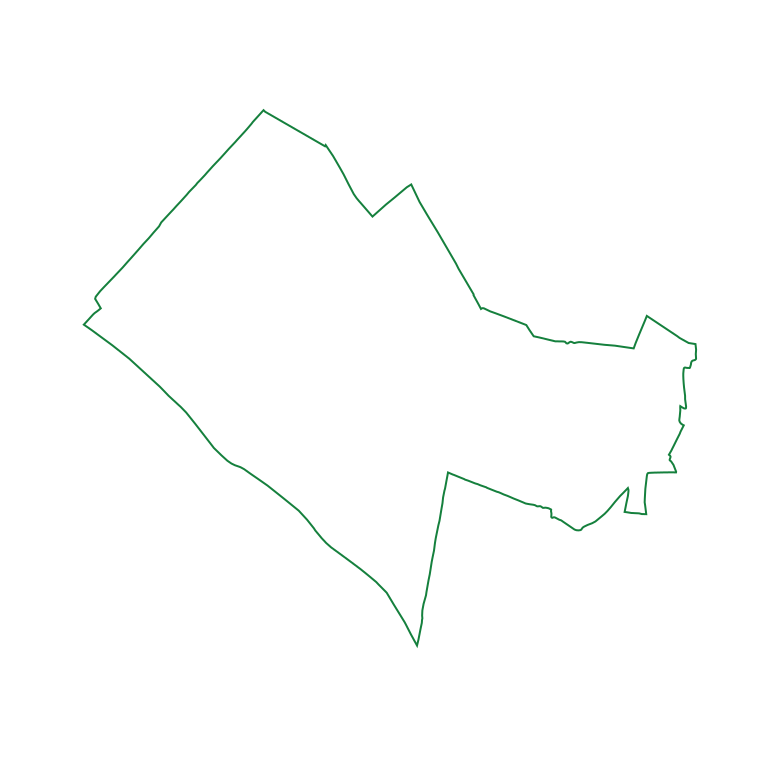 Binh Tan, Vĩnh Long, Vietnam, rotated 8°
{"feature_id": "81297802B74288530741739", "entity_name": "Binh Tan", "entity_type": "district", "adm_level": 2, "iso_a3": "VNM", "parent_name": "Vietnam", "parent_adm1": "Vĩnh Long", "projection": "albers", "projection_center": [105.803, 10.129], "detail": "fine", "context": "isolated", "style": "outline", "palette": "green", "viewbox_px": 768, "rotation_deg": 8, "n_neighbors": 0, "source": "geoboundaries", "source_scale": "gbopen_adm2", "svg_char_len": 4436}
<svg xmlns="http://www.w3.org/2000/svg" viewBox="0 0 768 768"><g transform="rotate(8 384 384)"><path d="M661.8,476.4L659.5,467.9L658.6,464.9L658.2,461.0L657.4,451.5L657.2,443.1L657.1,438.6L657.2,436.7L657.7,435.6L658.9,435.1L663.7,434.2L674.1,432.5L681.4,431.4L685.5,430.9L685.5,430.2L681.9,423.8L680.1,421.8L679.1,420.7L677.6,419.8L677.4,419.0L677.8,417.2L677.9,416.2L677.4,415.3L676.0,414.4L677.9,409.7L678.4,408.1L679.6,404.6L681.5,398.8L683.8,392.1L684.3,389.9L686.6,383.2L685.4,382.8L683.5,381.8L682.1,380.3L681.5,379.0L681.4,377.8L681.4,375.3L681.1,369.0L680.5,365.2L680.5,364.7L682.4,365.6L684.5,366.4L685.6,366.4L686.2,366.2L686.4,365.8L686.3,364.3L684.3,357.2L683.8,353.8L681.6,345.6L680.7,341.8L679.8,337.5L679.2,334.1L678.9,331.8L678.7,327.5L678.9,326.5L679.2,326.1L679.5,325.9L679.9,325.8L681.6,325.9L683.6,325.7L684.4,325.6L684.7,325.2L684.8,324.7L685.2,322.2L685.2,320.2L685.4,319.3L685.7,318.6L686.1,318.2L686.6,317.8L688.3,317.1L688.9,316.7L689.4,316.0L689.5,315.4L688.6,311.0L688.3,306.6L686.9,301.1L680.0,301.0L670.4,297.3L667.7,295.8L634.8,280.0L633.6,284.9L629.8,299.3L627.5,308.4L626.3,314.0L607.3,313.9L596.8,314.5L580.7,314.9L574.0,315.1L571.2,315.4L569.0,316.1L567.1,316.9L566.0,316.9L565.0,316.5L563.6,316.2L562.9,316.2L561.9,316.8L561.0,317.7L560.3,318.3L559.0,318.3L558.4,317.8L557.4,317.0L555.7,316.9L547.6,317.9L531.2,316.3L525.6,315.9L520.6,310.4L516.7,305.8L493.6,300.4L484.0,298.3L479.1,297.3L472.2,295.1L470.6,295.3L469.6,296.2L466.2,291.5L460.3,283.6L460.3,282.8L441.8,259.5L438.5,254.7L424.5,236.9L423.4,235.5L416.0,226.1L405.5,213.3L402.5,209.6L393.9,198.8L383.2,182.6L382.4,183.3L379.2,186.0L368.6,197.8L361.0,206.0L349.3,219.8L335.3,207.6L334.1,206.6L331.1,203.9L327.6,200.1L321.1,191.1L314.8,182.0L309.9,175.6L301.9,165.4L293.0,155.5L292.5,156.8L228.5,131.0L226.6,129.6L217.7,142.7L216.6,144.7L212.8,150.7L210.8,153.7L204.6,162.7L203.1,165.0L197.5,172.9L195.9,175.3L190.7,183.0L186.2,189.3L185.2,190.7L184.2,192.1L179.4,199.2L177.6,202.0L172.7,208.9L171.2,210.9L169.9,213.2L165.8,218.8L164.2,221.0L162.3,224.1L157.4,231.3L153.4,237.0L151.2,240.3L149.2,243.1L144.1,250.4L143.9,250.7L140.9,255.0L139.3,259.2L134.8,266.0L130.7,272.5L126.2,278.9L122.0,285.4L117.7,291.9L112.6,299.5L109.0,305.0L103.3,313.0L102.2,314.6L93.5,326.6L89.9,331.7L86.4,337.7L86.1,339.9L89.8,344.4L93.0,348.5L90.8,350.9L89.4,352.3L87.6,354.0L86.3,355.6L78.5,367.0L87.0,371.3L109.6,383.5L128.4,394.5L162.3,417.8L164.9,419.8L172.4,425.7L183.7,433.5L185.8,434.9L192.1,439.8L202.8,449.9L222.9,469.5L224.4,471.0L233.0,477.3L239.6,481.8L242.6,483.3L244.0,484.0L247.7,485.2L251.8,486.0L253.6,486.4L257.3,487.8L264.2,491.4L272.4,495.5L282.8,500.8L298.4,510.0L301.6,511.9L317.2,521.3L326.7,529.1L334.7,536.7L336.3,538.6L343.8,545.4L349.0,549.6L354.3,553.1L374.0,563.7L386.7,570.7L394.7,575.5L402.6,580.4L403.9,581.2L406.5,583.3L415.7,590.3L424.4,601.1L437.5,616.9L438.9,618.8L445.5,628.2L453.1,638.4L453.7,632.4L454.3,621.0L454.7,615.3L454.5,612.5L454.6,610.7L454.0,608.1L453.5,602.9L453.8,596.2L455.0,587.4L455.0,584.3L455.4,572.5L455.8,566.0L456.0,553.2L456.3,547.9L456.7,542.1L456.6,534.4L456.7,529.6L457.5,516.4L458.0,511.8L458.3,499.6L458.5,493.9L458.3,488.2L458.7,481.2L459.0,479.1L459.3,471.7L459.6,465.3L459.7,462.7L464.8,464.1L465.9,464.3L470.2,465.4L476.6,467.0L477.5,467.4L480.8,468.0L488.3,469.8L490.6,470.1L493.5,470.9L499.7,472.1L500.5,472.5L505.0,473.6L510.8,475.0L512.5,475.2L514.8,475.8L517.8,476.7L521.9,477.6L524.5,478.3L528.4,479.4L533.4,480.6L536.0,481.3L538.7,482.0L540.8,482.6L542.3,482.7L544.7,482.8L546.6,482.8L548.5,482.8L549.6,482.9L550.4,483.0L551.2,483.3L552.2,483.7L552.7,483.8L553.6,483.7L555.2,483.3L555.9,483.3L556.2,483.4L556.8,483.6L558.1,484.3L558.5,484.5L558.9,484.5L559.8,484.3L561.0,484.0L562.1,484.0L562.8,484.0L563.5,484.1L564.0,484.1L564.5,484.2L565.0,484.4L565.9,484.7L566.7,484.9L567.0,485.1L567.1,486.7L567.8,488.8L568.0,490.4L568.1,492.3L568.6,492.9L569.2,493.1L570.9,492.3L572.0,492.4L574.2,493.2L576.4,494.0L578.5,494.4L580.6,495.5L589.3,499.8L592.9,501.6L594.8,502.0L596.9,501.9L598.7,501.4L599.6,500.8L600.0,499.9L600.8,498.5L602.0,497.4L605.3,495.2L609.5,492.9L612.5,490.7L618.2,484.5L620.6,481.8L622.9,478.7L625.7,474.4L629.1,468.7L633.5,461.9L635.5,459.3L639.3,454.1L640.0,453.1L640.8,454.8L641.0,456.1L641.1,458.8L641.1,461.2L640.6,468.2L640.4,472.0L640.1,477.2L642.6,477.2L646.8,477.3L654.6,476.6L657.4,476.9L661.8,476.4Z" fill="none" stroke="#15803d" stroke-width="2"/></g></svg>